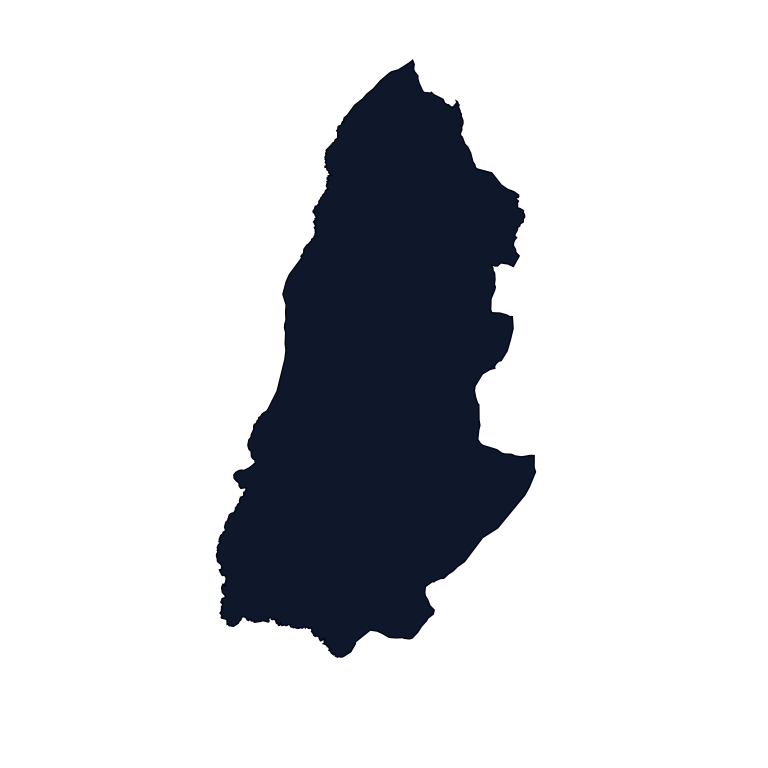 Jirapa, Upper West, Ghana, rotated 123°
{"feature_id": "2480657B21686152565613", "entity_name": "Jirapa", "entity_type": "district", "adm_level": 2, "iso_a3": "GHA", "parent_name": "Ghana", "parent_adm1": "Upper West", "projection": "albers", "projection_center": [-2.598, 10.589], "detail": "fine", "context": "isolated", "style": "filled", "palette": "ink", "viewbox_px": 768, "rotation_deg": 123, "n_neighbors": 0, "source": "geoboundaries", "source_scale": "gbopen_adm2", "svg_char_len": 6169}
<svg xmlns="http://www.w3.org/2000/svg" viewBox="0 0 768 768"><g transform="rotate(123 384 384)"><path d="M550.2,217.4L546.3,218.8L545.0,224.7L541.3,229.8L539.2,234.1L536.7,236.3L531.4,239.0L523.6,236.0L522.6,234.3L521.3,234.1L516.2,230.6L514.4,228.1L508.0,226.5L503.3,224.3L497.1,223.0L489.1,219.8L459.1,217.7L442.9,210.3L400.4,205.5L391.3,206.1L375.2,209.1L372.2,212.8L362.3,219.1L364.2,222.3L370.1,228.7L372.9,234.6L373.6,238.8L377.1,244.8L377.9,247.5L377.7,253.6L381.8,267.9L381.4,270.9L379.5,275.2L371.3,279.4L366.5,281.1L362.3,284.9L349.8,293.2L349.3,295.1L345.3,300.0L340.4,304.6L336.1,306.6L321.9,307.0L313.9,303.0L310.4,299.7L309.4,300.9L306.2,301.2L302.3,300.3L300.7,298.6L289.1,298.8L277.7,302.3L267.2,306.0L257.7,313.0L259.5,316.3L259.1,317.1L259.6,319.6L261.4,325.3L265.6,332.4L263.7,335.0L254.3,340.7L245.0,342.4L242.1,343.4L240.4,345.7L235.9,347.9L230.8,351.7L229.5,354.3L227.5,355.9L226.1,358.2L225.1,358.2L224.7,355.6L223.3,353.2L218.8,352.1L215.7,345.3L215.0,339.6L203.0,340.4L201.8,345.2L199.5,347.0L197.7,350.7L194.9,352.4L191.5,352.9L189.1,352.5L188.6,355.0L187.1,355.6L186.7,356.4L185.7,355.8L182.7,356.0L181.0,356.6L180.0,357.8L178.9,356.7L177.7,356.3L175.4,357.0L172.3,355.5L169.8,357.1L167.8,357.0L167.7,357.7L166.6,357.4L164.7,359.7L164.8,360.4L162.7,361.5L162.8,365.6L163.7,367.9L159.7,370.6L157.4,370.9L157.0,374.4L155.2,374.1L154.7,373.2L153.5,373.1L153.0,374.1L152.3,374.0L152.0,379.9L153.5,386.7L153.3,393.9L148.3,408.6L152.9,422.7L152.8,425.1L150.3,427.8L149.6,430.2L143.1,437.2L139.7,442.9L138.8,446.9L134.4,452.8L133.8,455.4L131.5,456.7L128.8,457.1L125.9,459.0L122.9,459.5L120.1,461.3L117.2,465.3L115.5,466.2L114.5,468.3L113.3,469.2L111.0,472.7L109.1,473.0L108.9,474.1L107.3,476.1L107.3,477.3L108.1,476.2L110.6,476.4L111.1,475.6L111.8,476.6L112.3,476.2L114.5,477.4L115.3,477.0L114.7,482.0L115.3,483.0L115.4,486.2L113.1,489.4L114.3,500.1L113.6,503.0L114.8,503.5L117.8,509.3L117.0,511.6L112.6,518.5L109.7,521.8L107.1,523.5L105.5,528.4L103.9,530.7L99.5,532.8L97.0,536.3L101.2,537.7L112.8,543.0L118.0,547.6L120.4,548.7L131.3,552.0L142.3,553.6L150.1,556.2L156.7,557.1L166.2,560.4L178.9,561.1L182.4,562.3L185.5,561.2L186.4,560.3L186.7,561.6L190.9,560.7L192.2,562.4L193.5,562.5L195.7,561.3L197.3,561.6L197.7,560.2L203.5,556.3L203.7,557.1L206.0,557.9L207.7,557.2L210.4,558.4L212.4,557.6L212.7,558.5L213.6,557.9L214.1,558.7L219.5,559.8L220.7,558.5L222.2,558.6L223.0,557.6L226.4,556.7L226.7,555.5L227.7,555.5L227.5,554.8L230.2,553.7L231.3,551.4L232.9,551.4L233.3,552.0L234.3,551.5L233.8,550.4L234.2,549.1L235.3,548.6L235.4,546.3L236.9,545.2L237.6,542.3L238.1,543.0L239.0,542.9L239.7,544.0L240.4,543.3L241.8,544.0L243.3,542.9L242.4,541.7L242.7,541.0L245.4,542.0L245.9,540.6L247.0,540.9L249.2,540.2L251.1,536.9L252.0,537.9L253.9,538.3L255.7,537.6L259.2,538.3L260.0,537.7L262.2,538.3L263.3,537.7L265.3,538.1L266.6,537.9L268.1,536.7L271.7,537.4L272.4,538.4L275.7,537.4L277.5,537.7L278.7,536.6L278.5,535.3L280.2,533.2L280.9,531.0L282.8,531.9L283.5,531.1L286.5,531.3L286.9,529.4L287.5,529.5L288.0,528.1L289.5,527.2L290.7,527.6L292.5,524.6L293.2,525.0L294.0,524.1L297.0,522.9L300.4,522.6L301.9,523.4L303.5,522.8L308.7,523.7L309.3,524.3L314.6,524.5L317.8,522.8L320.2,522.6L320.5,523.1L322.0,523.2L322.1,522.2L324.7,521.7L343.7,522.9L351.4,521.7L363.8,517.6L370.9,509.1L377.1,505.7L383.8,500.9L387.9,499.7L391.2,497.9L394.3,494.5L404.1,488.7L409.0,484.6L417.0,480.6L448.3,469.7L467.9,467.5L470.9,467.6L473.8,469.2L476.0,469.9L478.6,469.7L480.3,470.7L482.4,469.7L483.7,470.3L486.7,469.6L488.5,470.7L490.3,470.3L492.9,468.5L498.7,467.6L501.3,466.4L504.3,466.9L509.3,464.9L511.5,462.6L512.4,461.3L512.7,458.8L517.0,455.6L518.0,453.4L517.9,450.9L520.5,448.9L527.7,451.3L533.0,454.4L533.8,456.6L535.7,458.5L538.8,460.1L541.9,460.4L544.6,458.4L545.7,454.9L545.8,451.9L548.5,449.7L549.3,447.6L549.4,447.0L546.7,444.3L546.5,442.7L547.4,442.2L550.1,441.8L551.2,442.6L554.3,440.5L557.2,442.6L560.6,441.6L562.0,440.2L564.8,441.1L567.3,440.6L568.6,441.1L570.6,440.0L573.6,439.7L575.8,441.6L577.8,442.4L580.0,441.9L580.6,441.1L581.4,441.5L583.8,440.7L586.1,441.3L590.9,439.7L592.8,437.2L594.7,437.2L595.7,438.2L597.8,437.5L599.8,438.4L604.0,437.6L604.4,436.9L606.1,436.5L606.0,435.3L606.7,434.8L609.3,435.3L612.0,434.7L613.0,433.5L614.4,433.1L614.9,431.9L618.0,431.6L619.5,430.7L621.5,428.4L623.1,427.4L623.8,425.8L623.8,423.0L625.2,420.7L628.3,419.3L629.4,420.8L629.8,420.5L632.5,415.7L632.4,414.9L631.5,414.3L631.4,412.8L632.7,410.4L637.1,408.7L638.7,408.7L639.7,406.8L640.4,407.8L639.7,409.9L642.0,409.6L643.9,408.7L646.8,405.9L647.8,402.3L648.7,401.2L649.8,401.0L652.1,402.8L653.3,402.5L656.0,401.8L656.1,400.9L655.6,400.4L656.0,399.1L656.6,399.5L657.7,398.8L659.6,398.9L660.7,397.1L661.3,397.7L663.2,396.5L665.4,396.7L666.0,394.3L667.5,393.3L668.2,393.5L668.7,392.6L667.4,389.1L667.3,387.2L671.0,384.6L670.4,384.2L670.9,382.2L669.2,378.3L664.1,376.0L662.3,376.3L659.8,375.7L657.0,376.4L655.4,375.1L655.5,374.2L654.5,373.7L656.3,370.2L656.1,368.8L654.5,368.5L654.3,367.9L654.9,366.2L653.6,364.1L654.5,363.1L649.9,357.8L648.6,357.3L646.6,351.5L645.4,351.3L643.9,353.1L641.8,352.4L641.8,350.7L642.6,350.1L642.3,349.1L640.7,348.1L641.3,346.4L640.4,345.2L641.7,345.7L643.1,343.9L642.9,342.3L643.8,340.8L643.3,340.3L641.0,340.6L641.9,339.8L642.1,338.0L639.8,335.9L640.1,335.0L639.3,333.9L637.7,333.4L637.2,331.7L638.4,329.7L637.6,328.6L637.8,327.3L636.7,326.4L636.3,324.2L635.4,322.5L634.0,321.7L633.1,319.4L630.6,319.1L631.4,317.1L629.4,316.6L630.1,314.4L629.6,313.4L628.2,313.0L629.2,310.4L631.0,310.0L631.9,307.1L632.9,306.2L633.1,304.3L631.8,303.1L631.4,300.6L632.8,299.6L633.9,297.4L632.7,296.4L630.9,296.8L630.3,296.1L630.8,295.6L629.8,294.9L631.1,294.7L631.0,293.9L632.1,294.2L633.6,292.9L634.8,293.4L634.3,291.7L634.4,289.0L635.1,288.5L634.5,287.7L635.7,285.5L637.4,285.0L637.1,283.3L638.2,281.9L638.5,278.9L637.4,278.9L636.9,278.3L638.6,276.8L638.4,274.3L637.3,273.8L636.5,271.4L635.1,269.9L626.8,266.1L617.9,266.5L615.7,267.5L597.8,261.6L594.9,255.2L594.0,249.5L593.7,241.9L590.3,235.6L586.4,230.2L586.3,228.8L584.0,224.1L581.9,222.1L574.0,220.6L566.3,220.6L559.5,219.4L556.5,219.7L550.2,217.4Z" fill="#0f172a" stroke="#020617" stroke-width="1.5"/></g></svg>